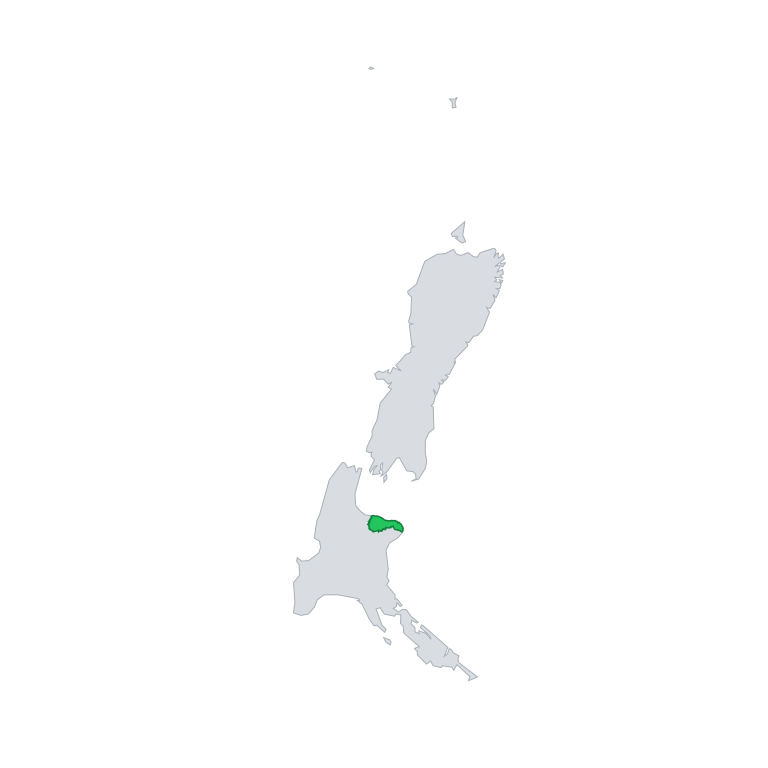 South Taranaki District, Taranaki, New Zealand (highlighted), rotated 164°
{"feature_id": "76426892B20989652719934", "entity_name": "South Taranaki District", "entity_type": "district", "adm_level": 2, "iso_a3": "NZL", "parent_name": "New Zealand", "parent_adm1": "Taranaki", "projection": "albers", "projection_center": [174.317, -39.522], "detail": "fine", "context": "in_parent", "style": "filled", "palette": "green", "viewbox_px": 768, "rotation_deg": 164, "n_neighbors": 0, "source": "geoboundaries", "source_scale": "gbopen_adm2", "svg_char_len": 7609}
<svg xmlns="http://www.w3.org/2000/svg" viewBox="0 0 768 768"><g transform="rotate(164 384 384)"><path d="M389.5,308.9L392.5,309.0L405.4,298.8L410.8,296.6L412.2,296.4L409.3,299.4L410.0,301.6L407.0,308.5L409.6,307.3L411.1,302.6L412.8,301.6L412.2,298.9L420.0,299.8L417.3,304.6L413.2,307.4L415.7,307.6L421.7,302.7L421.6,305.6L414.0,313.8L416.4,318.3L414.4,322.0L416.6,321.6L419.5,324.4L417.7,328.1L409.5,337.7L408.3,342.5L400.9,351.0L392.9,366.7L378.2,377.0L381.0,379.7L375.9,383.6L380.0,382.8L383.0,388.7L389.6,390.5L390.2,396.2L385.9,397.9L381.6,395.3L375.6,396.4L377.5,394.0L374.9,392.5L370.5,397.4L363.9,391.9L367.6,398.4L355.0,406.3L349.7,407.1L348.0,411.2L344.9,411.6L346.7,412.8L343.4,433.7L339.8,433.8L343.2,435.9L342.8,438.0L338.8,444.1L333.6,460.2L335.9,463.8L335.7,466.5L325.4,471.0L310.9,490.7L297.1,494.1L289.2,492.4L280.2,494.3L278.4,489.0L275.1,486.4L266.9,487.1L262.7,481.5L259.2,480.3L255.4,483.7L242.6,484.2L240.1,483.5L239.5,481.3L243.8,475.0L239.7,478.6L237.7,478.4L239.3,475.6L238.9,473.1L233.8,476.1L233.8,470.9L245.2,466.5L240.6,466.5L240.1,464.7L244.4,460.5L238.3,461.4L239.0,456.8L242.4,456.4L240.9,453.3L248.1,456.1L246.9,453.0L249.5,451.9L244.6,449.9L244.2,446.6L246.4,443.9L249.7,444.8L247.3,442.0L252.7,435.9L254.4,440.2L254.3,433.8L261.2,427.3L264.4,429.4L262.7,424.0L274.2,408.9L280.9,404.8L284.8,405.2L290.9,400.4L293.8,402.0L292.5,398.9L293.3,397.4L309.3,388.3L309.1,385.7L310.9,385.2L309.7,384.5L318.7,375.2L322.6,375.6L320.2,373.2L324.0,370.6L327.9,372.3L325.6,369.6L329.0,367.8L330.9,370.1L330.9,366.6L336.3,359.3L337.6,364.9L338.2,364.1L337.8,358.5L341.6,351.7L344.7,350.2L343.1,348.2L348.3,327.4L354.5,324.6L359.8,318.3L363.3,306.7L364.2,298.0L367.5,291.5L376.9,283.1L384.7,283.0L379.3,284.0L378.6,288.2L380.3,291.8L386.1,294.2L389.5,308.9ZM382.2,79.2L391.4,94.2L395.9,89.5L396.7,93.0L405.5,97.1L407.1,95.6L414.4,99.6L415.5,104.9L420.4,103.1L426.6,114.5L425.7,117.4L427.6,121.4L422.5,121.8L433.7,139.3L432.3,145.5L434.1,149.6L431.4,157.4L436.0,159.7L437.7,157.8L447.1,162.7L449.4,170.0L453.6,169.9L452.4,152.4L449.6,147.8L451.7,145.1L457.7,154.4L460.1,154.1L462.9,161.7L465.7,178.1L469.3,183.3L467.3,182.4L466.9,183.7L468.7,185.2L486.4,194.0L499.8,197.9L507.6,194.9L512.4,188.6L520.2,183.7L527.3,184.4L534.2,189.0L530.0,198.0L525.7,218.0L517.7,223.5L515.5,233.6L516.8,237.8L515.2,241.0L512.1,236.5L505.2,235.0L493.2,239.6L489.9,244.5L489.3,250.9L493.6,255.0L486.1,271.4L482.0,275.9L463.1,306.8L445.7,320.1L443.4,318.9L442.0,313.5L434.8,313.7L435.3,307.5L434.4,306.8L431.6,310.3L428.5,309.0L442.2,286.4L444.7,275.1L442.2,269.1L438.4,263.5L426.9,258.7L421.3,252.9L410.3,248.3L407.0,245.5L405.7,241.9L407.8,235.7L413.8,232.0L422.5,229.7L427.8,223.6L431.0,204.6L434.4,197.7L433.4,193.3L436.8,190.2L431.5,178.1L432.6,174.4L430.9,173.9L427.7,166.1L429.7,165.8L431.7,170.1L433.6,166.6L437.0,165.7L433.0,160.9L428.1,162.3L424.7,160.8L422.1,153.4L416.8,145.5L418.4,145.2L422.6,149.2L424.1,146.1L421.4,141.5L422.4,136.9L419.0,134.3L418.6,137.2L412.6,132.9L409.2,125.6L409.3,129.4L416.2,139.9L414.3,142.0L413.1,141.0L395.2,113.3L401.1,105.6L397.4,107.1L394.2,111.8L392.4,109.9L391.3,106.4L386.8,101.9L388.8,99.1L388.8,95.4L374.9,76.6L384.4,75.5L382.2,79.2ZM270.3,498.0L275.3,504.7L272.8,504.4L273.0,505.9L277.7,507.1L277.9,510.2L261.6,517.7L267.2,505.4L266.3,498.4L270.3,498.0ZM240.8,635.8L242.5,640.0L237.3,638.3L234.7,639.5L238.3,634.9L238.5,630.1L242.2,630.5L240.8,635.8ZM453.3,135.0L454.3,140.3L448.7,136.3L448.5,133.5L449.9,131.5L453.3,135.0ZM410.0,294.5L406.5,296.5L407.3,292.2L411.2,289.4L410.0,294.5ZM238.9,465.1L238.7,467.7L233.9,467.1L237.4,463.9L238.9,465.1ZM310.2,690.0L311.5,691.6L309.3,692.5L306.9,690.1L310.2,690.0ZM243.2,448.6L244.6,452.6L241.3,450.8L243.2,448.6Z" fill="#d9dde1" stroke="#a8b0b8" stroke-width="1"/><path d="M407.2,236.9L407.1,237.1L406.8,237.3L406.7,237.4L406.6,237.5L406.4,237.6L406.5,237.7L406.4,237.8L406.3,238.0L406.1,238.4L406.1,238.6L406.0,238.9L406.0,239.0L406.0,239.3L405.9,239.4L406.0,239.4L405.9,239.5L405.7,240.0L405.4,240.4L405.4,240.6L405.5,241.2L405.5,241.4L405.6,241.5L405.6,241.9L405.7,242.2L405.8,242.4L405.9,242.5L406.0,243.1L406.0,243.5L406.1,243.8L406.2,244.2L406.3,244.5L406.5,244.8L406.5,245.0L406.7,245.3L406.9,245.4L407.0,245.5L407.3,245.6L407.4,245.8L407.5,246.0L407.8,246.3L408.0,246.5L407.9,246.6L408.0,246.6L408.3,246.6L408.2,246.7L408.2,246.8L408.5,246.9L408.4,247.0L408.6,247.1L408.8,247.4L408.8,247.5L409.1,247.7L409.2,247.8L409.2,248.0L409.4,248.0L409.5,248.2L409.5,248.3L409.6,248.5L409.8,248.7L410.0,248.7L410.2,248.8L410.3,248.9L410.5,249.0L410.7,249.4L410.9,249.3L411.3,249.6L411.6,249.8L411.9,249.9L412.1,249.8L412.3,249.9L412.5,249.9L412.6,250.0L413.1,250.0L413.4,250.2L414.0,250.7L414.3,250.6L414.7,250.7L414.9,250.6L415.0,250.7L415.4,250.7L415.7,250.8L415.9,250.7L416.2,250.9L416.7,251.0L416.8,250.9L417.3,251.0L417.5,251.2L418.0,251.4L418.1,251.5L418.5,251.8L418.9,252.0L419.3,252.1L419.6,252.3L419.8,252.3L420.1,252.6L420.4,252.7L420.6,252.9L420.9,253.1L421.3,253.4L421.7,254.1L422.0,254.5L422.2,254.9L422.3,255.0L422.6,255.4L422.9,255.8L423.0,255.9L423.8,256.6L424.2,257.0L424.5,257.1L424.8,257.3L425.2,257.5L425.5,257.7L426.0,258.4L426.6,258.8L427.2,258.9L427.6,259.0L428.1,259.1L428.3,259.2L428.5,259.3L429.0,259.5L429.9,259.9L430.1,260.0L430.5,260.4L430.8,260.6L431.2,260.6L431.6,260.5L432.0,260.5L432.3,260.4L432.6,260.2L432.1,260.1L432.4,259.7L432.6,259.3L432.8,259.4L433.0,259.0L432.8,259.0L433.1,258.4L433.3,258.4L433.9,258.3L433.9,258.1L434.1,258.0L434.3,257.9L434.3,257.7L434.5,257.5L434.5,257.4L434.8,257.4L434.9,257.1L435.0,257.1L435.2,256.9L435.3,256.8L435.3,256.7L435.5,256.5L435.7,256.4L435.8,256.3L436.0,256.4L436.0,256.5L436.1,256.4L436.1,256.2L436.3,256.1L436.2,256.0L436.3,256.0L436.2,255.9L436.3,255.7L436.5,255.7L436.4,255.7L436.5,255.6L436.4,255.5L436.4,255.3L436.2,255.0L436.4,254.9L436.2,254.7L436.4,254.6L436.4,254.4L436.6,254.4L436.7,254.2L436.8,254.1L437.0,254.1L437.3,254.1L437.5,254.1L437.5,253.9L437.8,253.8L437.9,253.7L438.0,253.6L437.8,253.6L437.8,253.4L437.6,253.4L437.5,253.2L437.6,252.8L437.6,252.6L437.6,252.4L437.5,252.1L437.6,251.9L437.4,251.7L437.5,251.6L437.4,251.5L437.5,251.4L437.6,251.2L437.5,250.9L437.6,250.7L437.6,250.4L437.6,250.2L437.8,250.0L438.0,249.9L438.0,249.7L438.1,249.4L437.8,249.3L437.7,249.2L437.5,248.9L437.5,248.6L437.4,248.4L437.4,248.2L437.5,248.2L437.4,248.1L437.3,247.9L437.4,247.6L437.2,247.4L436.9,247.3L436.7,247.3L436.3,247.1L436.2,247.0L436.1,246.8L435.9,246.7L435.8,246.4L435.8,246.2L435.6,246.2L435.4,245.8L435.4,245.6L435.4,245.4L435.4,245.1L435.2,244.9L429.8,244.8L429.9,244.7L430.0,244.4L429.9,244.2L430.0,243.9L429.9,243.9L429.9,243.7L429.8,243.8L429.5,243.7L428.5,243.8L427.2,243.7L427.3,243.6L427.3,243.4L427.2,243.4L426.9,243.4L426.7,243.3L426.6,243.2L426.3,243.5L426.2,243.6L426.0,243.8L425.9,243.8L425.6,244.1L425.6,244.4L425.4,244.4L425.4,244.5L425.5,244.6L425.5,244.8L425.0,244.8L424.6,244.8L424.4,244.6L424.4,244.8L424.2,244.8L424.1,244.7L423.9,244.5L423.6,244.5L423.6,244.8L422.8,244.7L422.7,244.6L422.5,244.9L422.5,244.7L422.3,245.0L421.8,244.7L421.5,244.9L421.5,245.0L421.3,245.0L421.3,244.9L421.2,245.0L420.8,244.8L419.4,244.8L419.2,244.7L419.0,244.3L418.5,244.2L418.4,244.3L418.1,244.3L417.7,244.2L417.8,244.4L416.8,244.4L416.5,244.4L416.5,244.6L416.4,244.7L416.4,244.8L414.9,244.8L414.5,244.9L414.5,244.7L414.5,243.9L413.6,241.1L410.9,239.9L411.0,239.7L410.8,239.6L410.4,239.6L410.0,239.3L409.9,239.2L409.7,239.1L409.4,238.8L409.2,238.7L409.1,238.4L408.8,238.0L408.7,237.9L408.6,237.7L408.3,237.5L408.1,237.4L408.0,237.2L407.9,237.1L407.6,237.1L407.2,236.9Z" fill="#22c55e" stroke="#15803d" stroke-width="1.5"/></g></svg>